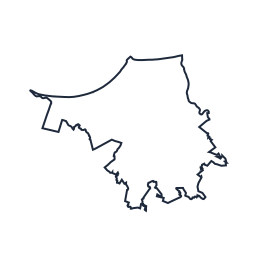 the district of Centla, Tabasco, Mexico, rotated 8°
{"feature_id": "50627088B3950990861765", "entity_name": "Centla", "entity_type": "district", "adm_level": 2, "iso_a3": "MEX", "parent_name": "Mexico", "parent_adm1": "Tabasco", "projection": "robinson", "projection_center": [-92.665, 18.354], "detail": "fine", "context": "isolated", "style": "outline", "palette": "slate", "viewbox_px": 256, "rotation_deg": 8, "n_neighbors": 0, "source": "geoboundaries", "source_scale": "gbopen_adm2", "svg_char_len": 5901}
<svg xmlns="http://www.w3.org/2000/svg" viewBox="0 0 256 256"><g transform="rotate(8 128 128)"><path d="M171.4,48.5L168.0,49.6L163.5,51.4L148.5,55.7L142.5,57.0L140.3,57.3L132.9,58.7L128.6,59.3L126.2,59.4L124.9,59.4L124.1,59.2L123.1,58.9L122.2,58.0L120.9,57.1L120.5,57.0L117.8,60.2L117.3,61.2L117.7,62.6L117.5,63.5L116.9,64.8L117.0,64.9L115.8,66.9L115.4,67.7L115.1,68.3L113.2,71.3L112.4,73.2L110.0,76.7L107.8,79.8L103.5,85.0L101.0,87.5L97.4,90.9L94.5,93.1L92.0,94.9L88.5,97.1L88.2,97.2L87.9,97.4L87.9,97.5L87.7,97.5L86.1,98.4L85.5,98.7L82.6,100.1L78.5,101.8L76.8,102.4L75.1,103.1L70.3,104.6L65.5,105.6L59.2,106.3L58.8,106.3L53.5,106.8L53.1,106.8L51.1,107.0L50.8,106.9L50.3,107.1L47.1,107.2L41.3,107.3L37.0,107.1L34.6,106.9L33.3,106.6L31.4,106.0L27.6,104.5L25.4,104.2L28.3,106.2L30.9,108.4L32.3,109.2L33.1,109.4L35.5,108.8L36.6,108.8L37.5,109.2L38.9,110.2L39.7,110.3L40.3,110.2L41.5,109.7L42.2,109.5L43.3,109.4L44.0,109.7L46.3,111.1L47.9,112.3L48.3,112.8L48.5,114.6L48.4,114.8L48.2,114.8L47.0,121.1L45.7,127.3L43.3,140.1L59.7,141.6L61.7,129.2L63.4,129.3L64.4,129.6L65.7,129.8L67.3,131.8L68.5,133.4L69.3,133.8L70.4,134.0L71.6,134.5L72.0,134.8L73.2,136.3L74.3,137.2L74.5,136.8L74.6,135.7L74.5,134.4L75.1,134.1L75.4,133.8L76.0,133.0L76.4,132.2L76.6,132.1L77.2,132.2L77.7,131.5L78.0,131.2L78.3,131.2L79.8,132.2L79.6,132.9L79.2,133.6L79.1,133.9L79.3,134.4L79.9,135.0L80.2,135.1L80.8,135.0L81.4,135.2L81.7,135.5L81.9,136.1L82.3,136.3L82.8,136.3L84.1,136.2L85.0,135.7L85.6,135.3L86.3,135.7L86.5,136.1L86.7,136.9L86.9,137.3L87.8,138.1L89.0,138.6L89.2,139.0L89.9,139.7L90.2,140.4L90.7,140.8L90.9,141.2L90.7,141.4L90.8,141.5L91.5,142.2L91.9,142.9L91.9,143.2L91.5,144.2L91.5,144.4L91.8,144.7L92.6,145.1L92.6,145.3L94.8,150.7L96.3,154.4L98.4,153.1L113.6,141.8L117.0,142.7L120.2,143.1L123.5,143.7L123.0,146.4L121.8,148.9L120.6,150.5L120.2,152.2L119.9,152.7L119.3,153.4L118.8,153.6L118.2,154.4L117.8,156.7L117.8,157.8L118.6,157.9L118.7,158.8L119.0,160.3L119.0,161.0L115.6,164.2L113.4,167.1L110.4,170.3L113.3,172.8L115.8,174.0L116.6,174.8L117.2,174.8L118.4,174.4L118.6,174.0L118.7,174.7L122.6,175.8L124.1,173.5L124.7,174.6L124.4,174.9L124.3,175.5L124.4,176.2L124.1,176.7L123.0,177.2L122.7,177.6L122.7,177.9L122.9,178.3L123.6,178.9L124.0,179.7L124.0,180.1L123.7,180.7L123.7,181.0L123.9,181.3L124.8,181.7L124.9,182.0L124.6,182.9L124.6,183.4L124.7,183.7L125.8,183.7L127.3,184.1L129.1,180.1L132.2,183.7L133.7,182.4L133.9,184.1L135.5,185.9L136.6,187.7L136.5,188.8L136.2,189.4L135.7,189.5L135.3,200.8L139.2,201.7L138.5,204.2L138.8,204.2L138.6,205.1L138.7,205.7L139.1,206.0L139.7,206.1L140.9,205.6L141.4,205.7L141.8,206.2L142.0,207.5L143.1,207.3L144.1,206.7L148.9,205.4L151.2,205.9L151.5,201.6L152.0,201.7L152.4,201.5L152.8,201.6L153.7,202.6L154.2,203.0L154.7,203.0L155.4,202.8L155.7,203.0L155.9,203.8L156.4,204.7L156.3,205.1L155.9,206.0L155.9,206.5L156.3,206.9L157.3,207.4L157.3,206.7L157.0,205.0L156.9,202.8L154.0,201.8L153.5,200.9L152.6,200.9L152.6,198.8L151.7,196.8L153.1,195.8L153.2,195.2L152.9,195.1L153.0,194.8L158.2,184.6L158.3,184.6L158.2,184.0L157.6,183.2L157.3,183.1L156.5,183.3L156.2,183.1L155.6,181.5L155.6,181.0L155.8,179.5L156.1,179.3L156.5,179.3L158.7,177.6L159.7,177.2L160.1,176.9L160.3,176.9L160.6,177.1L160.7,177.7L160.8,177.8L161.8,177.4L162.4,177.5L162.7,177.8L163.5,177.5L163.7,177.9L163.7,178.4L164.2,180.6L163.1,183.3L164.2,183.7L164.8,183.5L170.4,188.9L170.9,191.1L169.4,191.1L166.3,189.7L166.1,191.6L173.1,192.3L172.7,195.4L176.6,196.4L177.9,196.7L178.4,196.5L179.0,196.0L187.7,190.3L189.2,189.4L189.6,189.1L190.1,188.3L190.0,187.8L189.0,187.4L188.1,186.8L188.2,186.0L188.5,185.3L188.9,186.5L189.0,186.4L188.8,184.8L188.2,184.5L187.8,184.8L187.5,184.4L187.7,183.6L187.6,183.4L186.1,182.7L185.8,182.4L184.6,181.7L184.2,181.3L184.3,180.7L190.8,179.7L191.3,180.7L194.4,184.2L194.1,187.0L195.3,187.4L196.8,187.6L198.0,188.1L198.3,188.4L199.1,189.3L199.6,189.6L200.5,189.7L201.0,189.5L201.3,188.8L201.6,187.8L201.9,187.7L202.4,187.7L203.0,187.9L203.6,186.7L204.3,186.6L204.7,186.6L205.6,187.1L205.8,186.6L206.0,186.3L206.1,185.1L206.8,185.6L206.9,185.3L207.2,185.1L207.5,185.1L208.0,185.3L209.8,186.8L210.9,187.4L211.7,187.8L212.7,187.8L212.7,187.6L213.0,187.5L213.4,187.1L214.3,185.6L210.7,181.9L206.5,180.8L205.0,176.5L205.4,172.8L207.7,166.6L207.3,165.6L206.8,166.3L203.4,164.4L205.8,161.7L205.8,161.0L206.7,160.8L207.9,159.5L207.0,158.7L207.6,158.0L207.0,157.2L205.9,158.3L205.3,156.8L206.1,156.3L206.4,154.7L206.6,154.6L206.8,154.1L206.7,153.9L208.5,152.7L209.1,153.7L211.8,154.3L212.2,153.7L215.1,149.1L217.6,150.2L218.3,150.9L218.9,151.3L221.5,151.6L225.7,152.4L230.2,151.4L229.6,149.1L230.6,148.8L228.6,147.6L229.7,147.1L228.7,144.8L225.2,142.2L225.3,142.7L223.8,145.4L223.1,145.2L222.3,144.7L220.5,144.2L223.2,143.4L222.6,143.0L222.2,142.0L221.2,140.7L219.8,142.3L214.8,141.1L213.6,140.7L211.6,140.5L217.2,135.0L211.8,129.6L211.9,129.4L211.9,128.9L212.5,128.1L211.0,127.8L211.1,127.5L211.0,126.8L210.0,126.8L209.7,126.6L209.6,125.6L209.7,125.3L209.3,125.1L208.8,125.8L208.8,125.2L208.7,125.0L208.3,124.5L207.8,124.4L207.8,124.0L208.3,122.5L207.8,122.0L207.6,122.1L207.5,122.5L198.4,117.1L204.8,110.0L207.5,108.3L207.3,107.6L205.9,106.4L205.4,105.7L204.4,102.3L205.9,101.9L205.7,100.7L205.5,100.3L204.9,99.8L204.5,99.5L203.8,99.4L202.8,99.7L202.0,100.2L201.6,100.5L200.6,102.0L199.7,103.7L199.4,104.1L198.7,104.4L198.2,104.3L197.1,103.8L196.7,103.4L196.6,103.1L196.5,102.6L196.5,102.0L196.8,100.4L196.7,99.9L196.2,99.1L195.5,98.4L193.1,97.1L191.5,95.2L191.0,94.7L190.2,94.4L187.9,94.5L187.0,94.4L185.0,93.3L184.4,92.7L184.2,92.3L183.9,91.3L183.1,90.0L182.3,87.3L181.6,85.9L181.3,84.9L181.3,83.5L181.5,82.3L182.0,80.3L182.0,76.8L181.9,75.7L181.3,73.6L180.8,72.3L180.3,71.3L178.9,69.0L178.7,68.3L178.1,67.0L176.6,64.9L176.0,63.7L175.3,62.1L175.3,61.2L174.4,60.0L172.8,58.6L172.1,57.7L171.8,56.5L171.8,55.3L172.3,52.9L172.1,52.4L171.4,48.5Z" fill="none" stroke="#1e293b" stroke-width="2"/></g></svg>